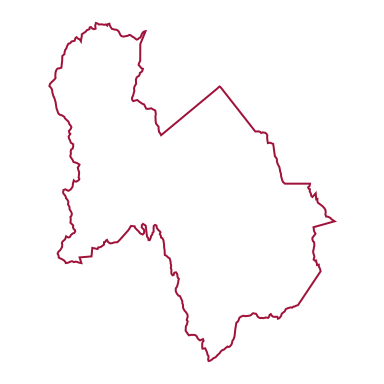 Canindé, Ceará, Brazil (Equal Earth projection)
{"feature_id": "56859067B68432351022715", "entity_name": "Canindé", "entity_type": "district", "adm_level": 2, "iso_a3": "BRA", "parent_name": "Brazil", "parent_adm1": "Ceará", "projection": "equal_earth", "projection_center": [-39.487, -4.403], "detail": "fine", "context": "isolated", "style": "outline", "palette": "rose", "viewbox_px": 384, "rotation_deg": 0, "n_neighbors": 0, "source": "geoboundaries", "source_scale": "gbopen_adm2", "svg_char_len": 5860}
<svg xmlns="http://www.w3.org/2000/svg" viewBox="0 0 384 384"><path d="M310.0,183.7L285.0,183.7L283.1,182.1L282.3,180.5L281.2,176.6L280.9,173.7L280.3,171.9L279.4,167.1L277.9,164.4L277.3,162.8L276.9,161.2L276.9,159.3L276.2,157.8L274.9,156.3L273.2,143.9L270.0,142.7L267.9,143.1L267.6,141.6L267.1,137.8L267.3,135.2L266.4,133.7L265.2,132.8L262.6,132.4L261.2,133.0L260.2,131.9L258.8,131.4L255.3,131.5L220.5,87.1L219.5,86.5L216.5,89.2L161.1,135.2L160.1,133.2L159.1,132.0L158.6,129.2L158.6,126.8L156.0,123.5L155.6,120.6L155.6,118.9L155.4,116.6L155.8,114.4L155.7,112.9L155.3,110.5L153.8,109.8L151.2,108.3L148.3,108.9L146.2,108.7L144.1,104.4L142.6,103.9L139.4,101.8L137.3,100.0L133.2,101.1L132.3,100.0L131.9,98.3L132.5,96.7L133.1,95.5L134.4,90.7L134.0,88.8L134.3,87.1L135.1,85.4L136.1,83.9L135.9,79.6L136.7,77.4L137.8,76.5L139.0,75.8L139.7,74.4L139.9,72.9L141.4,72.0L142.3,71.0L142.9,68.8L141.6,68.4L138.6,64.9L138.9,63.5L140.2,60.7L140.3,44.1L145.5,31.2L144.2,31.5L143.0,32.3L141.8,34.0L141.2,35.8L140.2,37.6L139.1,38.1L137.9,39.2L136.7,39.6L135.4,38.7L134.2,37.6L132.0,36.4L130.8,35.3L129.3,34.9L127.7,35.8L123.4,36.6L121.4,36.1L120.2,34.6L119.0,31.9L117.7,30.4L116.1,29.7L114.7,29.6L111.8,28.8L110.7,27.1L109.8,25.4L109.4,23.7L107.9,24.1L107.2,25.6L105.9,24.4L104.4,24.8L101.3,24.3L98.9,24.5L97.7,23.6L95.9,23.0L95.2,25.6L95.6,28.7L94.0,29.2L92.3,28.6L90.9,27.0L89.7,27.4L89.4,29.2L86.8,30.2L85.8,31.6L81.8,34.3L81.8,36.1L81.2,39.1L80.9,41.3L79.7,39.3L78.4,38.9L76.5,37.2L75.4,38.2L74.6,40.8L71.5,41.5L70.1,43.3L68.4,43.7L67.1,46.1L66.4,48.2L65.2,50.0L64.6,52.2L64.4,54.2L63.3,55.1L62.3,56.1L62.2,60.3L61.4,67.7L59.6,68.3L58.2,68.3L56.9,69.2L56.1,70.6L55.5,72.7L55.3,76.3L55.6,77.8L54.7,79.2L52.9,81.0L51.9,81.8L50.0,83.9L49.4,86.1L51.1,88.0L51.9,89.4L52.3,91.3L52.5,93.1L53.5,96.3L54.4,98.1L55.6,102.2L56.5,108.3L58.4,113.5L59.7,114.7L62.0,115.4L64.3,116.8L65.0,118.4L67.6,120.8L68.6,121.9L69.4,124.2L70.7,125.7L71.4,127.2L70.8,128.8L68.9,131.0L69.4,133.0L70.3,133.9L68.6,136.5L69.0,138.5L70.0,140.3L70.8,142.7L73.2,144.2L73.2,146.4L72.7,148.5L71.2,149.5L70.7,151.2L70.9,153.3L70.3,156.5L72.7,160.1L73.5,162.0L76.9,163.0L79.5,164.6L78.7,166.4L77.8,167.4L78.4,170.4L79.1,171.8L79.1,173.4L78.9,175.6L78.6,177.5L79.4,178.8L78.7,180.2L76.4,181.6L75.0,181.5L73.8,180.4L72.9,183.7L72.8,185.4L72.5,186.9L70.8,189.3L69.3,190.4L68.2,190.8L65.3,189.3L63.4,190.1L63.1,192.3L63.5,193.7L64.8,195.1L65.8,196.8L66.0,198.3L67.2,199.4L67.9,200.7L68.4,202.1L68.0,204.3L69.5,207.0L69.6,209.5L71.3,212.0L71.9,214.1L71.3,216.0L70.4,216.9L70.7,218.5L70.7,220.6L70.4,222.7L73.2,225.4L73.0,227.5L73.9,229.3L75.0,230.1L75.2,231.6L74.2,233.0L72.9,233.4L70.9,235.0L70.0,236.8L69.0,237.4L67.9,237.4L66.1,236.3L65.1,239.3L62.5,241.6L61.9,243.2L62.3,244.8L62.0,247.2L60.0,250.4L58.6,251.5L57.6,253.5L58.6,255.8L58.8,257.7L62.2,259.3L64.1,260.5L65.2,261.7L65.8,263.1L67.8,262.8L71.2,261.3L72.4,261.3L73.8,262.1L75.4,261.7L76.8,261.8L78.5,262.5L81.4,263.1L79.6,257.4L91.5,256.4L92.3,247.9L97.6,249.0L98.4,247.3L99.6,247.3L100.9,246.9L104.0,244.6L104.0,242.2L105.2,242.0L105.9,240.6L107.0,239.9L107.7,241.4L108.8,242.6L110.3,243.4L112.4,243.1L114.3,242.4L117.4,242.2L120.0,239.6L128.1,230.5L129.2,228.9L130.9,226.0L134.6,226.3L135.3,228.1L136.6,229.3L137.4,230.3L138.5,231.1L139.7,232.9L140.9,233.8L142.7,234.5L143.9,233.3L144.2,231.5L143.9,229.5L142.5,228.3L141.7,227.3L141.9,225.1L143.0,223.9L144.5,224.8L145.7,225.7L146.8,235.0L147.2,236.9L148.1,237.9L148.6,240.1L149.7,240.1L150.6,238.2L151.2,235.7L152.3,234.6L152.6,232.7L153.6,231.8L153.6,227.6L153.8,225.9L155.0,224.9L156.4,225.5L156.8,227.8L158.2,229.9L159.4,230.9L160.5,232.2L159.8,234.1L160.8,235.5L161.0,237.5L162.4,238.2L163.4,240.2L164.1,244.9L164.1,247.2L164.6,250.1L164.8,255.0L166.3,255.7L168.3,257.6L169.6,258.3L170.6,261.7L170.6,263.3L171.2,265.7L170.8,267.9L171.5,270.1L171.3,271.6L171.4,273.7L172.5,275.3L173.6,275.0L174.3,272.7L176.0,272.3L176.8,273.4L177.4,274.8L177.4,276.3L177.9,277.8L178.9,278.9L178.3,280.9L178.2,282.5L177.0,286.7L175.8,288.3L175.7,290.8L176.4,292.8L177.3,294.2L178.5,295.7L179.7,295.9L180.4,297.0L182.3,301.2L182.3,303.0L183.0,305.0L183.1,308.0L184.4,310.5L185.9,312.1L187.4,314.4L187.7,316.8L186.7,320.0L187.7,321.3L186.8,324.8L185.9,326.2L185.6,330.7L188.8,335.3L191.2,334.9L193.6,334.9L195.4,335.2L196.8,336.4L197.6,338.2L198.5,339.3L200.0,340.4L203.0,339.1L203.6,340.8L202.6,342.1L202.2,343.5L202.2,347.3L202.5,348.7L205.2,348.3L207.0,352.3L207.5,354.7L208.5,356.0L208.5,357.5L208.1,359.5L208.6,361.0L210.3,360.6L211.9,359.6L213.4,358.2L214.5,357.8L216.0,356.9L217.2,355.4L219.8,353.0L220.8,351.4L222.2,350.2L223.9,349.6L227.3,346.6L228.6,347.0L229.8,346.5L231.4,344.7L232.1,342.7L232.4,340.9L233.5,339.3L234.5,336.5L235.4,328.5L236.4,322.6L237.7,321.7L238.6,320.2L239.2,318.2L240.5,316.8L243.6,315.7L245.1,316.2L249.5,315.7L251.0,315.1L252.1,313.9L253.2,313.2L254.3,313.6L255.9,313.7L256.9,315.0L257.5,316.4L258.9,317.6L260.5,318.1L261.8,317.9L263.0,318.2L266.0,317.5L268.1,317.9L269.1,316.7L269.6,314.9L270.8,314.1L271.5,315.3L272.7,316.5L274.0,316.8L277.3,316.8L277.9,318.7L279.3,318.2L280.5,316.8L281.2,315.7L281.7,313.7L284.7,311.4L285.8,309.1L287.6,308.3L290.8,307.3L292.1,307.7L293.4,306.6L294.5,306.6L295.7,305.9L298.0,305.1L320.6,271.3L320.2,269.5L319.6,267.9L318.8,266.6L318.8,264.7L317.0,265.0L316.8,263.2L316.2,262.0L316.2,260.5L314.7,260.6L313.6,259.5L314.1,258.0L314.4,256.6L313.4,253.3L313.1,251.2L313.7,249.2L313.9,247.3L314.4,245.9L314.1,242.2L313.0,241.2L312.4,239.4L312.4,237.8L315.5,233.8L313.9,230.7L313.8,228.8L313.5,227.2L334.6,221.3L331.7,219.4L330.2,217.8L327.7,216.6L326.2,216.6L325.4,214.6L325.7,212.0L325.4,209.8L323.9,207.6L322.3,206.0L317.8,202.6L317.4,200.9L317.4,198.9L316.2,199.3L315.7,193.3L313.4,196.0L312.4,197.0L311.3,195.9L310.8,193.6L309.7,191.2L309.9,189.2L308.8,188.8L308.1,187.3L309.5,186.1L310.0,183.7Z" fill="none" stroke="#9f1239" stroke-width="2"/></svg>